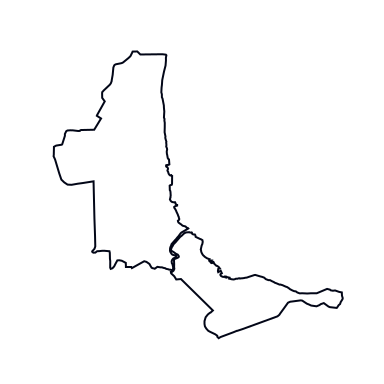 Luganville, Sanma, Vanuatu (Albers equal-area conic projection), rotated 260°
{"feature_id": "77236927B85216783558225", "entity_name": "Luganville", "entity_type": "district", "adm_level": 2, "iso_a3": "VUT", "parent_name": "Vanuatu", "parent_adm1": "Sanma", "projection": "albers", "projection_center": [167.173, -15.521], "detail": "fine", "context": "isolated", "style": "outline", "palette": "ink", "viewbox_px": 384, "rotation_deg": 260, "n_neighbors": 0, "source": "geoboundaries", "source_scale": "gbopen_adm2", "svg_char_len": 5723}
<svg xmlns="http://www.w3.org/2000/svg" viewBox="0 0 384 384"><g transform="rotate(260 192 192)"><path d="M120.0,155.3L119.6,155.8L119.2,157.3L118.5,158.7L118.7,159.4L119.2,159.9L121.3,160.4L124.4,160.2L125.3,159.8L127.2,159.9L128.4,160.5L129.7,161.9L130.0,162.6L130.1,163.2L130.4,164.2L131.0,165.2L131.8,165.3L132.2,165.1L133.1,162.9L133.7,161.8L134.5,161.2L136.6,160.3L137.9,160.1L140.2,160.6L141.4,161.1L142.8,162.1L144.2,162.8L147.4,166.8L147.6,167.0L148.0,167.7L149.8,169.7L150.6,170.8L153.2,173.5L153.9,174.5L154.9,177.2L156.4,181.3L156.7,182.0L157.2,181.7L157.6,180.9L158.1,180.3L158.7,180.0L159.2,179.6L160.4,177.0L161.0,176.4L162.0,175.7L162.5,175.0L163.4,174.3L163.8,173.8L164.3,173.4L164.9,173.2L165.1,173.2L165.4,173.1L166.1,173.1L166.7,174.1L167.0,174.5L167.6,174.8L168.5,174.6L169.9,174.6L170.8,174.3L172.2,174.1L173.7,173.7L175.5,173.2L176.3,173.1L178.1,172.5L179.3,171.9L180.3,171.8L180.9,172.8L181.2,175.0L181.8,175.1L181.9,174.5L182.3,174.4L182.7,174.1L183.5,173.7L183.8,173.8L184.0,173.8L184.5,173.6L184.9,173.5L185.0,172.4L185.2,171.6L185.8,170.4L186.1,170.1L186.8,169.6L187.4,169.3L188.6,169.0L189.0,169.3L189.7,169.4L190.4,169.9L191.1,170.0L192.6,170.5L193.2,170.5L195.6,170.8L196.9,170.8L197.5,170.5L198.1,170.5L198.4,170.6L202.1,171.1L202.5,171.8L202.5,172.3L202.7,173.4L203.7,173.8L211.2,175.2L211.4,174.6L212.2,174.5L212.2,173.3L212.9,172.7L214.0,172.2L215.3,172.0L216.0,172.0L217.2,171.5L217.6,171.6L218.9,172.4L219.6,172.4L220.8,172.0L221.0,171.5L221.3,171.2L221.6,171.0L222.3,171.0L222.9,171.3L222.9,172.7L222.8,173.7L223.1,174.5L228.1,175.0L228.5,174.5L229.7,174.0L233.2,174.0L233.7,173.9L236.0,174.1L237.0,174.4L238.2,174.9L239.4,174.9L241.3,174.5L242.4,174.9L243.8,175.1L245.0,175.1L245.9,175.5L248.4,175.2L250.0,175.1L251.3,175.5L255.6,175.4L260.5,176.4L264.9,177.2L267.0,177.2L268.7,177.6L270.2,177.3L276.1,178.7L279.9,179.0L282.1,179.3L289.1,179.2L290.5,178.8L293.5,179.3L295.5,179.1L300.2,180.2L302.8,181.0L307.3,182.1L315.6,185.4L321.1,187.9L326.1,189.2L328.7,189.6L331.1,190.5L331.8,190.1L332.8,186.8L336.4,165.0L339.9,162.5L340.6,157.9L339.5,157.2L336.4,154.9L334.9,152.6L331.6,146.7L331.3,145.9L331.1,144.5L331.0,139.2L330.6,137.9L330.2,137.4L328.3,136.2L321.1,134.2L315.6,132.2L315.3,132.2L313.2,131.0L312.0,129.8L307.4,122.8L305.9,120.9L304.7,120.6L300.3,119.9L296.4,121.8L284.0,111.7L283.6,111.5L280.2,115.2L270.3,106.5L272.3,93.5L272.1,92.6L271.6,92.1L271.9,90.3L273.4,85.4L273.9,82.9L274.2,80.0L273.7,78.7L271.2,76.9L269.4,76.6L261.6,72.5L261.2,72.0L261.3,66.3L260.5,63.9L252.4,62.3L251.3,61.9L247.8,62.8L233.3,64.5L226.9,65.5L223.7,67.8L220.9,70.7L220.0,74.6L220.0,80.9L219.8,85.7L219.6,96.9L182.8,91.3L165.7,88.9L155.2,87.3L153.0,86.1L150.9,83.4L150.1,83.5L149.4,84.3L149.1,86.3L150.1,88.1L150.1,89.2L149.9,89.9L149.7,93.2L149.4,95.2L148.0,100.4L146.4,100.5L140.5,99.6L138.2,99.5L131.7,98.3L130.4,98.6L130.7,100.4L132.2,102.4L134.5,104.1L137.6,106.6L137.4,108.5L136.5,110.9L133.7,114.5L129.6,113.9L128.7,119.2L127.5,119.6L132.1,132.9L131.1,135.0L128.5,137.6L126.4,138.3L124.4,139.1L123.6,140.4L123.3,141.4L122.9,142.0L124.3,144.9L123.3,147.8L123.0,149.4L122.3,150.6L121.5,152.5L120.8,153.2L120.0,155.3ZM52.7,314.4L53.5,315.3L55.1,316.8L56.0,318.4L57.6,319.2L60.3,321.6L61.3,322.0L63.9,321.7L67.1,322.1L68.1,319.5L70.2,315.8L70.3,313.6L71.1,311.5L71.9,310.9L73.1,308.2L70.6,297.2L71.6,291.8L72.0,288.0L73.1,283.2L73.5,280.4L74.8,278.2L76.1,277.0L76.6,275.4L77.6,273.8L79.4,271.5L80.3,270.8L81.9,269.1L82.5,267.9L83.8,266.0L84.5,265.0L85.0,264.0L85.5,263.0L85.6,262.1L87.3,259.5L88.4,257.6L89.0,257.1L90.3,255.2L91.2,254.1L91.7,253.4L91.9,252.0L93.4,249.5L94.5,248.7L95.2,248.1L96.3,246.2L96.9,244.8L99.3,240.0L99.4,239.2L98.5,232.9L98.3,231.8L98.2,230.9L98.3,229.5L98.3,229.1L98.2,228.5L98.3,226.3L98.5,225.2L98.4,224.2L98.9,223.5L98.7,221.4L99.0,220.3L98.7,219.2L98.6,217.9L99.1,216.1L100.2,213.6L101.1,214.1L102.4,211.1L101.8,210.9L102.0,210.4L102.8,210.7L103.1,209.8L102.8,209.6L102.8,208.8L103.2,207.4L103.7,206.7L104.3,206.0L105.1,205.6L105.8,205.6L106.3,206.0L106.8,207.3L109.5,206.6L108.5,203.9L109.1,203.8L109.7,203.8L111.7,204.5L111.9,206.1L113.3,205.4L114.2,204.6L114.9,203.8L115.1,203.2L117.7,201.3L118.9,201.2L119.5,200.9L119.4,200.4L118.6,199.8L118.5,199.2L118.8,198.6L119.2,198.3L119.7,198.3L121.1,199.5L121.2,199.0L120.2,197.8L120.8,197.2L121.5,197.0L122.2,197.1L122.8,197.6L123.5,196.3L124.2,195.2L125.9,193.4L126.2,193.1L126.7,192.9L127.3,192.3L128.3,191.7L128.9,191.4L129.6,191.3L130.2,191.0L131.1,190.8L132.1,190.7L133.2,190.8L133.7,190.6L137.6,192.2L139.1,193.2L140.0,193.5L141.0,193.9L142.8,193.9L143.9,192.6L144.4,191.7L147.2,187.8L148.8,187.8L149.7,187.4L149.8,186.5L150.1,185.7L150.7,185.0L151.2,184.8L151.6,184.9L152.1,184.8L152.3,184.5L152.3,183.2L153.0,182.1L152.9,181.3L153.2,180.0L153.1,178.9L152.8,177.5L152.0,176.1L150.8,174.4L149.8,172.5L147.3,169.4L146.4,168.3L146.1,167.9L145.7,167.5L143.7,164.7L142.1,163.5L141.1,162.5L139.0,161.3L138.4,161.3L137.3,161.9L136.2,163.3L134.3,165.1L133.6,165.9L132.9,167.0L132.2,167.4L131.2,167.8L130.5,167.8L130.0,167.2L129.7,166.4L129.1,163.5L128.7,162.8L127.8,162.4L124.0,161.9L121.0,161.3L119.6,161.3L118.7,160.9L117.6,160.0L116.7,158.3L116.9,157.3L115.9,157.3L115.4,157.4L112.1,159.9L108.6,161.3L108.2,166.0L71.7,192.0L70.0,189.3L69.9,188.6L68.6,186.3L66.3,183.7L62.7,181.9L59.9,181.4L57.4,181.4L54.9,182.4L52.5,183.9L51.2,185.5L47.9,190.1L46.1,191.9L45.0,191.8L43.4,192.9L44.2,194.9L46.7,208.5L47.5,212.1L47.4,212.4L48.2,217.9L51.4,236.0L54.7,254.6L55.9,256.7L57.0,257.7L61.7,262.6L66.3,267.3L66.9,269.7L66.8,271.2L66.4,280.2L65.9,281.7L62.1,285.7L60.8,287.8L59.5,289.6L57.8,294.8L58.5,297.9L59.2,299.3L59.7,302.5L55.5,306.5L54.7,307.7L52.7,314.4Z" fill="none" stroke="#020617" stroke-width="2"/></g></svg>